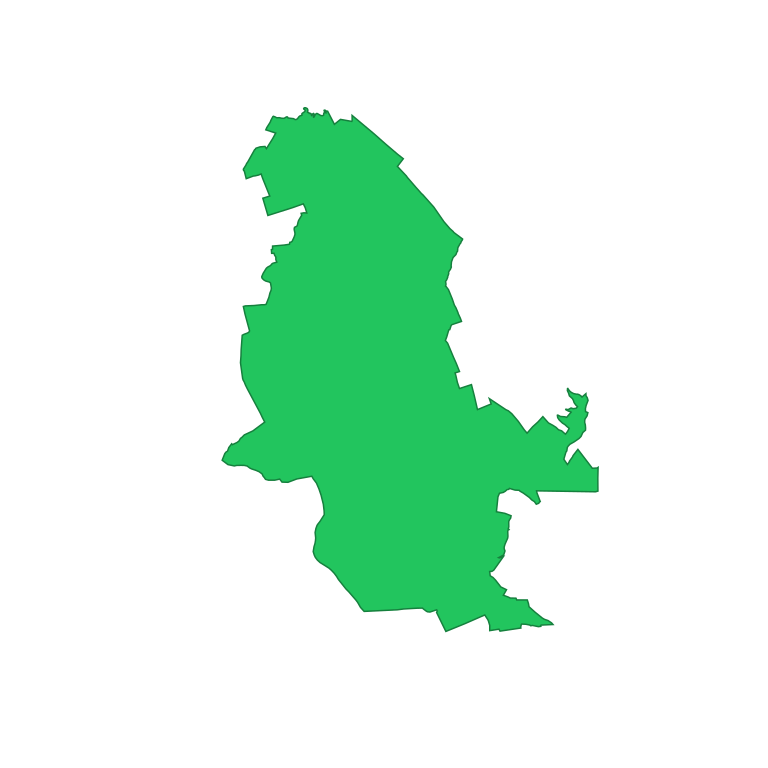 outline of Oteleni, Iasi, Romania, rotated 155°
{"feature_id": "2599482B92750391134377", "entity_name": "Oteleni", "entity_type": "district", "adm_level": 2, "iso_a3": "ROU", "parent_name": "Romania", "parent_adm1": "Iasi", "projection": "orthographic", "projection_center": [27.012, 47.088], "detail": "fine", "context": "isolated", "style": "filled", "palette": "green", "viewbox_px": 768, "rotation_deg": 155, "n_neighbors": 0, "source": "geoboundaries", "source_scale": "gbopen_adm2", "svg_char_len": 6165}
<svg xmlns="http://www.w3.org/2000/svg" viewBox="0 0 768 768"><g transform="rotate(155 384 384)"><path d="M251.5,482.2L256.6,491.7L256.9,493.0L258.6,497.0L261.1,505.8L264.1,523.3L268.8,539.0L269.6,540.9L272.0,548.9L275.5,561.3L275.8,563.1L279.9,575.5L271.3,580.0L274.6,586.5L281.4,601.4L287.4,615.2L299.4,640.9L301.5,636.3L302.2,635.6L311.6,642.2L319.2,640.3L319.8,655.1L320.6,655.3L321.8,657.2L322.5,657.4L322.8,657.1L322.8,656.7L321.8,655.2L322.0,654.3L323.4,655.3L324.4,654.5L325.2,653.1L326.3,653.1L327.8,654.0L330.0,657.1L330.5,657.6L331.8,657.5L333.2,656.7L334.4,655.6L335.1,655.6L335.1,655.9L334.9,656.4L333.5,657.7L333.3,658.7L333.5,659.0L334.6,658.9L335.4,658.1L336.2,658.0L335.9,659.8L336.3,660.4L337.4,660.8L337.3,661.3L337.5,661.7L338.5,662.5L337.3,664.3L337.1,665.3L337.2,666.1L338.2,667.4L339.1,667.9L339.9,667.9L340.4,667.6L340.5,667.1L339.8,665.7L339.8,665.2L340.6,664.4L343.6,663.9L344.2,663.6L344.9,662.2L346.8,662.5L348.1,662.2L350.3,661.0L351.8,660.8L352.8,661.2L353.8,662.7L358.5,665.6L358.6,666.7L358.8,667.0L359.6,667.3L362.2,667.0L364.4,668.1L366.3,669.6L368.7,670.6L369.8,672.1L371.1,673.4L371.7,673.3L374.9,670.9L376.6,669.3L381.9,665.9L383.7,664.3L376.1,657.2L381.1,653.5L391.1,647.0L391.5,649.6L396.1,651.3L400.2,651.8L400.8,651.7L401.6,651.0L402.3,651.0L413.8,642.7L415.2,642.0L416.7,640.7L420.6,638.2L420.8,637.8L421.0,636.8L420.6,636.1L422.1,628.3L414.6,627.7L412.8,627.1L409.4,626.4L406.6,626.3L407.1,621.3L408.1,602.6L415.3,603.6L418.0,585.8L391.8,582.4L381.0,581.4L380.9,577.0L381.7,571.6L384.2,573.0L387.0,573.7L387.3,571.7L392.3,568.3L393.6,566.9L395.6,564.3L396.4,563.9L398.9,563.8L399.7,562.8L400.2,561.7L400.8,558.9L401.4,557.3L403.2,555.3L407.0,552.1L408.3,551.9L409.5,552.2L410.6,550.6L415.7,552.1L426.7,556.1L428.1,553.2L429.3,553.4L430.6,549.9L428.4,548.9L428.7,547.2L428.4,544.7L429.5,542.3L429.6,540.1L429.7,539.7L433.6,540.4L434.7,540.3L436.8,539.3L440.1,539.1L441.8,538.6L446.7,535.4L449.4,533.0L449.8,531.8L449.5,530.5L448.8,528.8L447.6,527.2L445.0,525.0L444.3,524.0L444.2,523.4L445.3,519.4L445.6,518.3L446.1,517.8L446.6,516.8L449.0,514.6L451.6,511.3L457.2,506.0L458.9,506.4L461.3,507.5L468.5,510.0L476.7,513.4L478.7,513.7L480.4,506.2L483.4,488.9L484.6,488.1L486.2,487.9L489.9,488.2L491.9,488.1L499.0,475.4L501.8,469.8L505.1,463.9L509.8,448.7L510.0,447.0L509.8,445.2L510.0,441.5L509.9,437.3L508.4,409.7L508.4,405.1L508.2,399.9L522.7,396.9L532.1,396.9L535.6,395.6L537.0,395.4L539.6,393.6L542.0,393.1L547.0,393.1L547.3,394.2L551.5,392.0L554.2,389.3L556.2,389.0L557.8,388.1L562.9,383.3L559.5,376.9L554.3,373.0L552.0,372.5L548.6,371.0L545.2,369.4L542.7,367.5L541.1,364.5L540.0,363.1L536.6,359.9L534.2,357.2L532.5,354.0L532.5,351.4L532.0,349.8L531.7,347.7L529.4,345.7L523.6,343.0L518.7,341.9L517.9,338.2L512.6,335.5L503.2,334.8L488.4,330.9L488.2,328.0L487.1,322.8L487.3,316.3L488.0,309.9L489.8,300.7L491.9,294.3L493.4,290.8L500.1,286.5L503.1,285.0L504.4,284.2L506.8,281.8L509.2,278.5L511.0,273.3L512.2,271.2L513.8,268.8L516.2,266.1L519.0,262.0L519.5,258.4L519.5,255.8L518.8,252.6L517.4,249.2L511.7,240.4L510.4,237.4L509.1,233.5L508.3,229.7L507.9,226.0L505.1,214.3L503.7,210.4L500.8,200.2L500.2,197.4L499.7,191.4L498.1,186.3L467.3,173.7L461.3,171.8L448.2,166.6L443.8,164.6L443.5,163.7L441.7,160.3L440.9,159.2L438.7,157.9L431.7,157.1L431.7,155.7L432.9,154.7L432.5,133.6L411.8,132.6L390.3,132.1L389.5,126.6L389.5,125.2L390.2,120.5L392.4,115.8L383.4,113.2L383.3,111.0L363.1,105.0L362.9,105.8L362.1,106.9L361.1,108.1L360.6,108.2L357.0,106.3L353.7,103.9L353.2,102.9L351.4,102.4L346.6,98.8L344.3,98.1L344.1,98.8L343.5,99.1L332.5,94.6L333.1,96.7L335.3,100.3L338.0,102.9L339.4,104.9L343.5,113.3L346.7,120.8L345.9,123.8L345.4,127.7L355.0,132.2L354.9,134.1L360.1,136.7L361.5,138.5L365.1,142.1L359.9,145.8L363.9,150.7L365.8,159.1L367.0,162.6L368.8,165.3L367.5,169.4L365.4,168.6L363.2,168.9L348.8,177.1L352.9,177.6L353.5,178.2L347.8,178.5L345.4,181.0L344.9,181.6L344.7,183.9L344.0,185.4L342.1,187.6L337.0,192.1L336.0,193.7L334.2,198.0L333.4,199.2L332.2,199.2L332.5,200.4L331.3,201.7L329.1,206.6L327.8,207.8L325.9,208.9L324.5,210.9L329.1,215.7L336.1,220.7L328.4,233.6L325.5,236.2L321.7,235.3L319.2,235.6L317.2,236.3L315.4,235.8L314.5,236.4L310.1,232.5L306.4,230.5L306.1,229.5L303.8,226.2L300.2,219.7L299.1,216.5L297.4,213.9L296.8,210.7L294.2,210.5L292.8,211.4L292.1,211.4L291.4,220.7L290.9,222.7L237.8,196.9L235.4,196.5L230.0,208.3L225.2,218.0L226.4,217.8L230.8,219.6L235.9,242.8L242.9,239.2L244.0,238.2L248.7,235.6L248.7,235.2L251.8,233.5L252.8,239.8L248.0,245.3L246.6,246.1L244.7,249.0L243.5,249.8L241.0,250.8L236.1,251.2L230.2,252.2L227.6,253.2L224.3,256.0L220.9,257.0L219.9,258.9L218.8,261.9L218.4,264.2L217.5,266.1L216.6,267.3L213.4,269.3L211.3,271.9L213.0,273.8L211.9,276.5L210.0,279.0L206.0,282.9L205.6,285.7L205.9,288.0L205.1,289.9L210.1,288.5L210.6,290.2L211.9,292.1L212.9,293.0L213.7,293.3L216.1,295.1L217.7,297.1L218.8,299.4L219.3,302.3L219.6,302.3L220.6,300.5L220.6,297.6L221.0,294.9L219.4,291.1L219.3,289.1L219.6,286.8L219.1,284.0L218.2,281.7L220.0,280.8L220.7,281.0L223.0,281.7L224.6,283.2L227.6,283.0L228.8,283.5L229.7,284.3L230.0,284.2L230.0,283.7L228.3,281.5L226.8,280.2L226.3,279.4L232.5,276.6L234.0,277.9L237.8,280.0L239.6,282.4L240.1,282.4L240.8,280.1L240.4,277.3L238.8,273.2L237.1,270.5L236.2,268.2L234.9,265.6L237.6,263.5L240.1,262.1L240.8,261.9L242.8,266.5L245.2,268.8L246.4,272.0L248.5,275.3L251.4,279.2L253.8,287.3L260.6,284.5L267.4,282.4L275.1,279.0L276.2,283.0L278.1,293.5L280.7,303.0L282.6,307.1L284.3,309.1L294.7,326.2L295.3,320.6L310.1,321.3L307.2,334.9L305.0,346.5L317.5,348.0L316.8,354.5L315.3,361.3L314.9,364.0L310.3,363.4L309.8,372.0L309.7,378.8L309.1,394.1L310.0,397.5L307.3,400.1L302.4,405.7L301.4,405.5L298.4,408.7L297.4,409.1L287.3,408.0L287.0,411.4L287.0,416.5L286.8,417.3L286.6,422.7L286.9,425.8L286.2,432.0L285.7,442.3L286.5,446.0L286.9,446.7L286.1,447.5L285.6,448.4L284.8,451.0L283.2,451.9L281.7,453.3L281.1,453.9L281.1,454.2L278.8,456.5L278.2,458.0L277.7,458.5L275.3,459.9L273.5,461.6L273.4,462.4L271.2,466.2L268.0,469.4L264.1,470.9L262.2,472.8L261.2,473.3L259.5,476.3L255.9,478.9L254.6,479.5L254.2,480.2L251.9,481.6L251.5,482.2Z" fill="#22c55e" stroke="#15803d" stroke-width="1.5"/></g></svg>